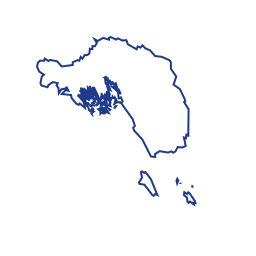 Westport Lea-4, Mayo, Ireland, rotated 248°
{"feature_id": "5873133B76630404476162", "entity_name": "Westport Lea-4", "entity_type": "district", "adm_level": 2, "iso_a3": "IRL", "parent_name": "Ireland", "parent_adm1": "Mayo", "projection": "natural_earth1", "projection_center": [-9.682, 53.797], "detail": "fine", "context": "isolated", "style": "outline", "palette": "blue", "viewbox_px": 256, "rotation_deg": 248, "n_neighbors": 0, "source": "geoboundaries", "source_scale": "gbopen_adm2", "svg_char_len": 6079}
<svg xmlns="http://www.w3.org/2000/svg" viewBox="0 0 256 256"><g transform="rotate(248 128 128)"><path d="M162.7,95.7L166.8,96.4L165.8,97.6L167.3,98.6L169.1,98.2L167.5,97.1L172.8,95.3L172.9,96.7L170.8,98.1L172.7,98.3L174.6,96.6L173.9,95.3L176.5,93.8L177.1,94.8L175.0,96.3L178.2,98.1L176.8,97.7L169.2,99.9L179.1,98.7L178.2,98.1L181.0,97.3L179.6,98.5L183.1,99.5L175.3,99.4L172.8,100.7L177.9,99.7L179.6,100.5L171.0,101.8L174.0,102.9L181.7,101.9L173.7,104.0L179.0,104.2L168.9,105.5L179.0,105.3L180.1,105.7L175.3,106.8L179.7,107.0L181.2,108.6L177.8,107.0L171.7,107.8L179.1,108.3L176.2,109.1L179.3,110.9L174.8,109.7L172.9,110.3L176.9,110.5L176.2,111.1L172.6,110.6L172.7,109.9L174.6,109.3L170.8,108.2L171.5,109.2L169.2,110.2L178.7,111.7L165.0,112.4L164.7,113.8L166.8,114.7L164.4,116.5L170.4,116.1L164.7,117.1L168.5,119.7L162.7,118.3L162.6,119.5L170.1,122.1L167.6,122.5L164.6,120.5L165.4,121.2L163.7,121.5L164.7,122.0L163.3,121.8L166.0,123.7L172.8,124.1L170.1,125.9L178.6,126.0L176.0,124.7L177.7,124.0L182.3,125.2L181.1,126.1L182.9,126.7L183.6,125.6L183.7,126.8L183.0,126.9L179.5,126.1L181.9,126.7L181.7,127.8L178.4,127.1L177.4,128.2L179.6,128.9L174.7,129.4L174.6,130.6L177.1,130.7L173.4,131.7L174.0,133.4L169.0,133.0L167.1,131.9L169.2,131.7L168.3,131.2L168.5,131.1L170.3,132.0L170.8,131.9L169.7,131.2L171.8,130.9L172.1,128.8L167.1,131.4L167.0,131.9L167.7,133.4L167.2,133.8L162.1,134.0L166.4,132.6L160.2,130.8L158.9,131.1L159.1,132.9L154.7,133.0L153.5,131.1L154.8,130.4L155.7,128.5L153.7,131.0L134.6,135.6L127.4,135.2L126.3,132.9L123.4,132.7L112.0,137.0L93.0,138.6L90.9,142.4L93.7,143.3L94.7,148.6L90.3,155.8L90.0,159.6L88.2,160.6L88.5,163.2L91.7,167.0L89.5,171.1L89.8,174.8L98.2,176.3L96.7,177.7L100.9,180.2L98.9,179.5L98.5,181.1L122.7,191.2L131.0,189.7L131.1,191.0L133.5,191.4L144.6,190.7L151.2,186.5L157.6,192.0L166.8,190.0L173.2,192.4L175.5,191.8L181.6,185.6L184.5,180.1L191.9,177.5L195.0,174.1L199.3,172.3L197.9,169.7L200.0,167.6L197.7,165.5L205.8,159.2L210.0,159.4L211.3,155.4L214.8,152.4L214.4,150.1L218.8,146.0L218.8,144.2L217.0,143.5L220.8,138.8L220.1,132.5L222.8,130.3L218.6,131.0L216.2,128.0L217.2,125.7L214.5,124.5L215.8,122.3L211.6,120.2L210.8,117.5L211.9,115.2L209.3,111.7L211.6,110.8L208.6,108.1L209.8,106.6L209.7,101.4L207.1,100.3L209.9,89.6L216.5,87.2L220.3,81.2L219.9,79.3L223.5,76.9L221.8,75.5L223.3,71.6L222.3,68.9L218.9,66.6L213.6,66.8L208.9,70.0L208.0,67.3L202.3,63.6L199.9,63.6L196.0,68.6L197.7,70.5L198.7,75.7L195.8,79.6L194.3,77.7L191.0,78.5L186.2,76.9L188.8,80.8L187.9,85.6L189.5,86.3L184.8,86.7L186.5,84.3L184.3,79.4L179.9,87.6L176.9,86.9L170.1,89.1L167.9,90.9L168.8,92.4L162.7,95.7ZM69.3,122.0L56.6,125.5L55.5,126.4L56.7,128.6L54.9,130.1L71.9,130.1L80.6,127.7L80.2,126.3L82.6,124.7L82.2,123.4L76.9,122.5L73.2,117.7L71.8,117.8L69.3,122.0ZM44.5,158.2L47.4,156.2L44.9,154.7L41.5,156.6L37.3,155.5L35.9,156.1L36.6,157.9L32.5,160.4L34.2,160.6L33.2,162.4L35.0,162.7L44.6,160.6L45.8,159.8L44.5,158.2ZM162.4,117.1L160.3,114.6L156.3,115.6L160.7,115.3L158.3,117.4L161.1,118.2L162.4,117.1ZM154.1,113.0L157.2,111.8L155.1,112.2L152.2,114.4L150.7,114.7L151.7,114.1L152.5,112.9L151.5,113.0L149.2,115.7L154.2,114.6L154.1,113.0ZM58.2,152.8L60.5,155.0L62.5,154.7L61.0,153.2L58.2,152.8ZM161.5,112.0L157.9,113.4L162.7,112.5L161.5,112.0ZM163.2,110.6L165.2,111.2L168.3,110.5L163.2,110.6ZM167.9,108.1L165.6,109.0L168.0,109.1L167.9,108.1ZM172.3,102.6L170.3,103.9L172.7,104.0L172.3,102.6ZM150.3,111.8L153.2,111.9L153.9,111.4L150.6,111.4L152.5,110.7L151.9,109.6L150.5,110.9L150.3,111.8ZM154.9,120.0L157.7,120.1L156.1,118.5L154.9,120.0ZM171.3,107.3L169.6,106.6L167.2,106.8L171.3,107.3ZM162.1,121.1L162.8,120.2L161.2,120.5L162.1,121.1ZM156.5,108.6L156.6,107.4L154.7,108.4L156.5,108.6ZM161.9,122.9L159.8,122.6L163.0,124.0L161.9,122.9ZM153.6,117.1L151.7,117.7L150.9,117.1L151.6,118.4L153.6,117.1ZM161.5,124.9L161.2,125.8L162.7,125.5L161.5,124.9ZM154.4,111.3L156.8,110.6L158.5,110.4L157.3,110.3L154.4,111.3ZM160.7,127.4L159.4,126.9L158.4,127.6L159.8,127.7L160.7,127.4ZM157.2,127.0L156.0,127.4L155.6,128.1L155.8,128.5L157.2,127.0ZM159.9,107.6L161.6,107.7L162.2,107.4L159.9,107.6ZM161.9,110.0L163.6,110.0L160.9,109.6L161.9,110.0ZM162.4,100.6L163.5,101.5L164.1,101.1L162.4,100.6ZM160.4,121.8L157.9,120.9L157.1,121.0L160.4,121.8ZM50.1,165.7L48.5,165.6L50.7,166.1L50.1,165.7ZM173.6,106.3L172.1,106.7L174.2,106.7L173.6,106.3ZM167.7,102.2L169.6,102.5L170.8,102.1L167.7,102.2ZM165.4,104.1L164.1,103.8L161.1,104.3L162.4,104.1L165.4,104.1ZM152.7,125.0L152.9,124.3L151.1,122.5L152.7,125.0ZM159.5,111.4L157.9,111.7L160.2,111.9L159.5,111.4ZM156.0,116.6L155.5,115.9L154.5,116.6L156.0,116.6ZM159.3,99.0L162.5,98.7L159.3,99.0ZM165.6,98.5L163.7,98.2L163.5,98.5L165.6,98.5ZM167.0,100.2L165.9,99.7L164.6,100.3L167.0,100.2ZM156.1,125.4L154.8,125.4L156.1,125.7L156.1,125.4ZM156.2,100.0L155.2,99.5L154.3,99.8L155.1,100.0L156.2,100.0ZM151.6,107.8L151.9,108.4L152.4,108.1L151.6,107.8ZM160.4,105.3L161.7,105.5L162.2,105.4L160.4,105.3ZM170.5,100.8L169.3,101.2L171.2,100.9L170.5,100.8ZM158.5,99.5L158.6,98.9L157.8,99.3L158.5,99.5ZM155.2,101.4L156.1,102.2L156.6,102.0L155.2,101.4ZM157.2,102.7L158.8,102.8L159.1,102.6L157.2,102.7ZM161.1,111.5L162.4,111.8L162.5,111.6L161.1,111.5ZM156.6,109.9L155.4,109.6L154.9,109.9L156.6,109.9ZM157.9,126.4L157.2,125.9L156.8,126.5L157.9,126.4ZM158.0,100.7L156.6,100.7L158.1,100.8L158.0,100.7ZM157.9,131.0L158.9,130.5L159.4,130.5L159.1,130.4L157.9,131.0ZM162.9,105.6L163.9,106.0L164.2,105.9L162.9,105.6ZM168.8,132.6L170.0,132.3L169.6,131.8L168.8,132.6ZM164.5,107.0L164.7,107.4L165.3,107.2L164.5,107.0ZM56.5,155.7L57.1,156.0L57.5,155.9L56.5,155.7ZM164.8,111.4L163.9,111.6L165.1,111.6L164.8,111.4ZM175.9,128.7L175.9,128.3L175.2,128.4L175.9,128.7ZM161.9,102.2L163.0,102.1L161.4,102.0L161.9,102.2ZM161.7,113.3L161.0,113.1L160.7,113.3L161.7,113.3ZM163.5,109.1L162.8,108.9L162.6,109.0L163.5,109.1ZM154.9,123.9L154.5,124.1L155.1,124.1L154.9,123.9ZM155.8,103.0L155.5,103.1L156.2,103.1L155.8,103.0ZM175.2,97.2L175.0,97.3L175.7,97.2L175.2,97.2ZM155.3,113.9L156.1,113.9L155.7,113.8L155.3,113.9ZM98.1,181.1L97.9,180.9L97.4,181.0L98.1,181.1Z" fill="none" stroke="#1e3a8a" stroke-width="2"/></g></svg>